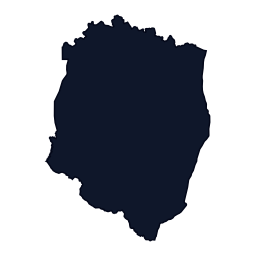 outline of Si Chomphu, Khon Kaen, Thailand
{"feature_id": "78962969B87234528247492", "entity_name": "Si Chomphu", "entity_type": "district", "adm_level": 2, "iso_a3": "THA", "parent_name": "Thailand", "parent_adm1": "Khon Kaen", "projection": "robinson", "projection_center": [102.106, 16.757], "detail": "fine", "context": "isolated", "style": "filled", "palette": "ink", "viewbox_px": 256, "rotation_deg": 0, "n_neighbors": 0, "source": "geoboundaries", "source_scale": "gbopen_adm2", "svg_char_len": 5657}
<svg xmlns="http://www.w3.org/2000/svg" viewBox="0 0 256 256"><path d="M154.7,239.9L155.4,237.1L156.0,236.5L156.2,235.7L157.5,229.8L158.9,227.4L159.7,223.8L160.2,223.2L161.6,222.8L162.6,222.8L164.2,221.8L166.0,221.2L168.2,219.5L170.7,219.2L171.9,218.5L173.1,217.6L173.9,216.3L175.0,215.5L177.7,213.9L179.1,213.3L181.0,211.9L186.2,205.4L186.4,204.8L186.3,204.1L185.9,203.5L185.1,203.2L184.4,202.6L184.2,202.1L184.2,201.0L187.5,187.1L188.5,180.1L189.0,178.9L191.0,175.7L191.5,173.4L193.2,170.5L194.9,164.8L196.6,161.2L196.8,158.4L199.7,149.1L201.8,145.9L204.3,141.3L206.4,139.2L208.7,136.0L208.8,135.2L208.7,128.8L209.7,122.2L209.6,116.0L209.3,115.2L208.2,114.0L207.9,112.9L208.1,111.6L207.9,110.7L207.8,110.4L206.8,109.6L206.2,108.5L206.3,104.2L206.0,102.9L205.2,101.2L204.2,96.9L202.9,93.3L202.3,90.3L202.2,88.5L202.1,86.4L202.4,80.7L202.0,78.2L202.0,75.8L203.0,68.2L203.3,62.1L203.8,58.9L205.2,55.1L206.2,50.8L203.6,50.4L195.3,46.6L195.6,45.4L195.1,45.1L194.1,45.8L193.7,45.4L193.7,45.1L193.2,44.9L192.7,44.3L190.9,44.2L190.4,44.7L189.4,44.5L188.7,44.2L188.1,43.5L187.6,43.2L185.7,43.6L185.1,43.9L184.4,45.2L184.1,45.4L182.0,45.5L180.8,46.4L179.5,45.9L178.2,46.0L177.5,46.3L176.6,47.3L176.2,47.4L175.3,46.4L174.8,44.8L174.2,44.1L174.6,42.6L174.4,40.8L173.9,39.7L172.3,38.5L171.3,36.4L170.6,35.7L170.2,35.7L169.7,36.0L169.2,37.2L168.3,38.1L168.0,39.3L167.6,39.9L166.5,41.0L165.6,41.0L164.7,41.5L162.9,40.3L161.8,40.0L161.8,39.5L162.5,38.8L162.7,38.0L162.7,37.5L162.2,36.9L160.5,37.4L159.3,36.5L158.7,36.4L157.8,36.6L156.4,36.2L155.8,35.7L155.3,36.0L155.0,35.8L154.7,34.9L155.3,33.7L155.4,33.2L154.3,28.8L153.8,28.3L152.0,28.1L150.9,28.9L149.3,28.4L148.0,28.9L147.0,28.6L145.8,28.8L145.3,29.3L146.0,31.8L145.4,32.3L144.1,32.0L143.2,31.3L143.1,31.0L143.3,30.1L143.1,29.2L142.6,29.2L140.7,30.3L138.9,30.6L138.1,29.9L136.9,27.4L135.9,27.4L135.0,26.7L133.8,27.1L132.8,28.3L131.6,28.9L130.3,26.3L129.7,25.7L127.6,22.3L126.0,23.0L125.1,23.0L124.7,23.5L124.0,23.5L123.5,22.5L123.7,21.5L123.7,20.0L123.4,19.8L122.8,20.0L122.3,19.1L122.0,19.0L122.0,17.8L121.1,17.1L119.0,16.7L117.7,15.4L116.9,15.5L116.1,16.0L114.6,16.3L114.4,16.6L114.6,17.4L114.1,19.4L112.6,19.8L111.9,20.5L111.9,21.1L112.3,22.7L112.8,23.7L112.6,24.8L113.3,25.1L113.8,26.3L113.7,26.7L112.3,27.2L110.7,26.9L108.2,25.7L105.6,25.5L104.5,25.0L104.0,24.7L103.0,22.5L101.4,21.5L100.8,21.7L99.4,23.0L96.7,24.9L95.7,25.1L94.7,24.9L93.9,25.2L93.2,24.4L93.0,21.9L92.2,21.7L91.7,22.3L91.5,22.7L91.5,23.2L91.0,23.9L90.7,24.0L89.2,23.5L88.5,23.6L88.1,24.9L88.8,27.2L88.6,28.2L85.4,31.6L84.9,31.9L84.3,31.7L83.5,32.0L83.0,32.7L83.0,33.1L84.1,34.6L84.5,34.5L86.2,36.5L85.6,37.2L84.7,37.6L83.7,39.2L83.4,39.2L81.8,38.1L80.6,37.8L79.4,38.3L77.9,39.7L76.2,38.8L75.4,39.1L74.5,41.2L74.7,41.8L75.6,42.5L75.9,43.0L75.8,44.7L73.8,46.0L72.1,46.8L71.8,46.7L70.6,45.6L69.5,45.4L67.9,44.4L67.7,44.0L67.6,43.4L66.7,42.6L65.6,42.5L64.3,43.4L63.9,44.1L64.0,44.4L62.9,47.2L62.4,47.3L62.5,59.3L68.0,59.3L68.2,60.9L66.9,65.5L66.8,69.6L67.3,73.1L67.0,74.7L63.6,79.3L62.5,81.1L59.4,91.5L54.6,101.4L54.5,115.9L55.2,122.6L57.4,130.6L56.7,131.6L56.2,131.9L56.1,132.6L55.5,133.4L56.2,134.6L55.9,135.2L56.4,136.5L56.0,138.6L54.5,138.2L54.1,137.3L53.3,137.7L52.7,137.0L52.2,137.3L51.4,137.5L50.3,137.1L49.9,137.3L50.0,137.7L49.6,137.8L49.6,138.3L50.7,139.9L50.6,140.5L51.2,141.0L51.0,141.4L51.3,141.5L51.5,141.9L52.4,142.5L52.3,143.2L52.6,144.0L52.3,144.2L52.5,144.5L52.2,145.0L51.7,145.1L51.6,145.4L52.0,146.4L52.7,146.8L52.8,147.0L52.6,147.2L51.9,147.4L52.0,147.7L51.7,148.3L52.0,148.6L51.7,149.0L51.7,149.3L51.3,149.4L51.4,150.2L51.1,150.3L51.0,150.7L51.9,151.6L51.7,151.9L51.2,152.0L51.4,152.4L51.1,152.6L51.0,152.9L50.5,153.0L50.2,153.3L50.2,154.2L49.7,154.7L49.9,155.0L49.7,155.7L50.1,156.3L49.5,156.4L49.9,156.7L49.3,157.1L49.4,157.5L48.7,157.7L48.4,157.6L48.2,158.2L48.2,158.9L47.6,158.9L47.5,159.4L47.1,159.4L47.1,159.7L47.6,159.5L47.5,160.0L47.1,159.9L46.9,160.7L46.3,161.2L46.7,161.3L47.2,160.9L47.1,161.3L47.4,161.5L47.3,162.2L48.0,162.9L50.3,166.3L51.2,168.1L51.9,168.7L53.3,170.6L56.3,172.4L56.9,172.4L58.5,173.1L59.1,173.1L61.1,172.2L62.9,172.2L63.4,172.6L64.2,172.8L65.1,173.3L65.5,173.9L66.3,174.0L66.3,175.0L68.0,175.5L69.1,176.1L68.9,177.7L71.6,178.3L72.3,179.3L74.9,176.7L75.5,177.1L76.1,177.2L78.5,178.2L79.5,179.7L79.2,179.8L79.4,180.8L79.6,181.0L80.4,180.9L81.2,181.2L81.8,183.1L82.7,183.9L82.7,184.7L82.4,185.4L81.8,185.9L81.7,186.7L80.1,189.1L80.4,190.8L80.7,191.2L80.5,191.4L80.5,192.0L80.3,192.1L80.4,192.4L80.1,193.5L80.0,194.7L81.4,195.6L81.7,196.1L82.7,196.9L82.6,197.5L82.9,198.0L84.8,199.7L87.6,201.1L87.7,201.7L88.8,202.5L88.8,203.2L89.2,203.8L92.2,205.7L93.1,206.1L94.3,207.1L95.5,207.8L98.8,207.6L99.9,207.8L101.2,208.9L101.5,208.8L102.0,209.0L102.5,208.8L102.9,209.3L103.9,209.4L104.1,210.2L104.7,210.7L105.2,210.5L105.8,210.6L106.2,211.1L107.0,211.0L107.4,211.4L108.2,211.5L109.2,211.3L109.4,210.9L109.7,210.8L110.2,211.0L110.7,210.7L111.5,210.7L112.4,211.8L112.8,212.7L114.1,213.3L114.5,212.9L115.6,213.0L116.2,212.8L116.8,212.2L116.9,211.4L117.5,211.2L118.1,210.6L120.3,210.8L122.1,210.2L122.5,210.4L123.4,211.8L124.3,212.7L124.5,213.3L124.6,214.8L124.2,216.0L124.3,216.7L125.3,217.6L125.2,217.8L125.4,218.1L126.9,219.2L127.6,219.3L128.7,220.7L128.8,221.6L129.5,222.8L130.0,226.3L130.4,227.7L131.4,228.2L132.5,228.3L132.8,228.1L133.7,228.5L134.2,230.4L134.5,230.4L134.8,230.7L134.7,231.0L135.4,231.3L135.8,232.1L136.9,232.2L136.9,232.7L137.2,232.9L137.4,234.4L140.5,236.1L140.8,235.7L142.0,235.6L142.6,236.1L143.3,235.7L143.2,235.4L143.5,235.3L144.0,236.0L144.9,238.4L146.0,239.6L148.8,239.6L150.0,240.6L150.6,240.6L152.0,239.7L154.7,239.9Z" fill="#0f172a" stroke="#020617" stroke-width="1.5"/></svg>